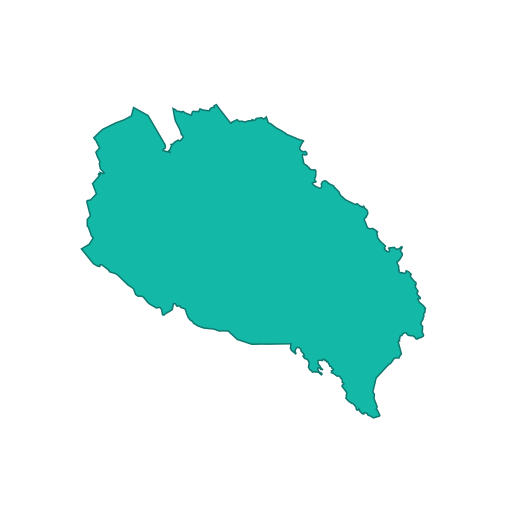 Aglonas pag., Aglonas, Latvia, rotated 43°
{"feature_id": "27541924B99650716324046", "entity_name": "Aglonas pag.", "entity_type": "district", "adm_level": 2, "iso_a3": "LVA", "parent_name": "Latvia", "parent_adm1": "Aglonas", "projection": "robinson", "projection_center": [27.042, 56.116], "detail": "fine", "context": "isolated", "style": "filled", "palette": "teal", "viewbox_px": 512, "rotation_deg": 43, "n_neighbors": 0, "source": "geoboundaries", "source_scale": "gbopen_adm2", "svg_char_len": 6134}
<svg xmlns="http://www.w3.org/2000/svg" viewBox="0 0 512 512"><g transform="rotate(43 256 256)"><path d="M455.3,288.1L449.4,285.8L448.3,285.9L447.4,283.6L439.6,279.8L436.8,276.4L434.1,275.7L427.1,263.4L427.0,247.7L427.1,244.8L427.7,242.8L427.0,236.8L426.8,236.5L428.8,234.1L430.1,233.2L429.2,230.2L429.2,228.5L418.4,221.7L418.9,220.1L417.8,219.6L417.3,217.9L416.6,217.5L416.0,216.2L416.9,214.8L416.5,212.0L417.3,210.5L418.5,209.7L420.1,210.3L421.6,210.1L426.0,207.0L427.1,207.2L427.9,206.9L429.1,207.5L430.0,207.3L430.4,206.9L430.4,206.0L431.0,205.8L431.0,204.4L432.3,203.3L433.0,200.3L432.1,199.2L430.2,199.0L430.0,198.4L428.6,197.5L428.4,196.8L425.8,193.8L422.9,193.4L421.4,190.1L421.5,189.2L421.2,188.3L420.4,187.3L420.1,185.8L418.1,184.1L417.9,181.8L416.1,179.9L415.9,179.1L415.6,178.7L412.2,178.2L407.0,178.4L405.2,177.9L403.6,176.9L403.8,176.2L405.2,175.3L404.8,174.6L403.7,174.2L401.2,174.3L399.0,173.5L398.7,173.0L398.8,172.1L398.6,171.3L393.9,170.2L393.5,169.4L392.0,168.3L392.3,167.4L392.1,167.2L390.8,166.3L389.4,166.6L383.1,165.8L381.9,164.7L382.2,163.7L381.4,163.5L378.3,163.5L375.9,164.4L376.9,165.9L376.8,167.3L374.2,168.5L373.6,169.0L373.6,169.6L371.8,170.0L370.9,169.8L370.5,169.4L370.5,168.8L370.2,168.5L368.5,167.7L367.6,166.3L364.1,165.1L363.1,164.3L363.6,163.3L363.5,160.3L362.4,155.7L361.9,154.9L361.0,154.4L358.1,153.8L357.6,152.5L357.1,150.2L356.7,149.7L356.0,150.0L355.8,152.7L354.8,154.6L353.5,155.4L351.3,155.3L347.9,159.2L347.7,159.8L347.9,160.1L348.9,160.0L350.4,161.4L350.1,162.4L348.7,163.5L347.8,163.1L346.7,163.7L345.6,163.4L345.3,162.7L344.6,162.8L344.1,162.1L344.1,161.0L343.8,160.4L337.3,160.5L332.3,159.7L331.1,158.3L328.8,157.2L328.8,156.2L328.3,155.4L322.9,156.1L321.9,156.9L321.3,158.0L319.5,159.1L318.8,159.2L316.4,158.5L313.5,156.9L311.1,156.0L310.0,155.1L309.8,153.5L310.1,152.2L309.5,151.3L309.2,149.4L307.6,147.5L305.3,146.6L303.0,147.1L302.7,146.7L300.8,146.1L300.5,146.4L300.6,147.7L297.1,148.6L294.4,148.7L294.1,149.0L294.0,150.1L292.8,150.9L283.4,153.8L276.3,154.0L273.0,152.6L266.1,152.2L264.8,151.8L260.6,153.2L256.0,153.5L254.9,154.2L254.0,156.1L254.5,158.6L257.0,160.8L257.0,161.7L256.7,162.5L256.3,163.0L253.9,163.9L250.8,164.7L248.5,164.7L247.6,164.5L247.9,163.0L249.2,161.2L249.2,160.7L247.4,160.7L246.6,160.0L245.2,156.9L242.0,153.2L241.3,152.7L240.2,152.8L238.3,154.8L237.3,155.4L236.0,155.4L235.7,155.7L235.1,155.7L234.5,155.2L233.0,155.4L231.9,155.1L228.9,155.8L227.1,155.3L225.8,154.1L222.3,151.8L221.1,150.4L221.0,150.0L221.3,149.5L223.1,148.7L223.8,147.6L223.9,147.0L223.4,146.4L222.1,145.9L221.0,145.8L220.5,146.0L219.6,147.4L219.1,147.8L217.0,148.2L215.2,148.1L214.4,147.5L213.1,144.0L212.4,140.8L212.4,139.5L212.1,139.5L210.3,140.1L209.3,141.0L207.7,141.4L206.8,142.3L205.3,142.4L195.3,146.2L194.7,146.0L188.1,147.3L182.9,148.7L177.2,149.1L174.0,150.1L168.7,147.3L168.6,149.3L168.1,150.6L165.8,151.0L162.4,155.3L162.6,157.8L160.1,159.0L160.7,159.7L158.2,162.4L156.4,165.8L153.8,166.9L152.1,168.9L149.2,169.2L147.1,174.5L147.4,175.8L147.0,176.2L128.1,173.2L123.8,172.3L122.9,174.8L124.2,175.9L123.0,176.9L122.4,177.9L122.1,179.9L122.9,181.6L117.9,185.3L114.7,186.6L115.8,189.5L115.7,189.8L115.0,189.7L113.3,191.6L111.5,192.8L111.2,193.9L112.7,197.2L106.4,199.8L104.2,199.9L103.1,201.4L103.2,201.8L101.7,202.2L99.1,204.1L97.6,203.9L94.7,204.7L102.9,210.9L105.1,212.2L114.7,215.7L118.5,218.0L118.6,217.6L121.9,218.5L122.0,223.7L120.0,224.3L118.8,228.4L119.0,230.7L117.8,232.4L118.9,232.6L120.7,237.6L120.4,238.6L122.3,239.0L116.1,242.3L115.4,240.9L116.1,239.5L115.2,237.8L113.5,236.6L81.2,226.9L65.2,230.9L69.3,238.4L66.8,246.1L62.8,254.0L57.5,267.9L57.0,274.2L56.9,279.0L56.6,280.0L58.1,280.6L59.5,280.5L67.9,283.6L68.1,289.3L72.6,291.6L77.8,293.6L78.4,295.3L82.6,298.3L88.5,298.8L87.7,300.3L85.2,301.1L86.0,301.6L86.4,302.6L85.7,302.9L85.1,302.3L84.8,302.7L85.3,303.6L85.3,303.9L86.7,304.0L87.1,314.5L96.9,319.4L96.8,327.8L94.9,330.4L94.9,331.5L107.5,339.6L107.7,344.4L112.1,349.1L114.1,349.4L122.2,353.6L124.6,353.7L126.0,361.3L123.5,369.9L142.3,372.5L146.9,371.5L148.8,370.4L148.8,369.9L147.9,369.4L147.8,368.9L149.2,367.6L157.2,366.8L160.0,367.3L164.3,365.1L167.3,364.2L182.1,364.5L188.6,363.4L194.2,366.2L197.2,365.8L199.4,363.7L201.5,362.8L208.7,363.8L210.9,363.7L218.7,361.9L220.5,359.2L223.0,359.3L227.7,362.7L229.0,362.0L229.1,359.8L230.6,355.3L231.3,352.3L228.2,347.2L229.4,346.0L230.0,345.8L231.1,346.4L232.5,346.6L233.1,346.1L233.2,345.4L234.1,344.5L234.9,344.5L235.9,345.0L240.1,343.1L243.1,344.5L244.6,345.6L246.0,346.0L248.6,347.3L252.2,347.7L254.3,347.1L256.0,347.8L261.4,346.7L266.9,344.3L275.1,338.1L280.5,335.8L282.1,333.9L286.9,329.8L299.2,329.8L313.1,323.4L318.7,318.0L318.7,317.6L319.4,317.3L326.2,311.0L341.4,296.4L344.3,300.2L346.6,300.8L351.7,300.5L351.7,300.1L349.0,298.6L348.8,297.5L348.2,295.8L348.3,295.0L350.0,293.5L352.2,293.6L353.0,293.9L353.8,294.8L357.0,295.0L358.1,295.3L359.2,296.1L358.6,297.1L358.9,297.3L361.8,297.7L363.0,296.9L365.4,296.7L368.0,298.1L369.7,300.9L370.5,301.7L373.2,302.5L374.3,302.2L376.5,302.4L376.8,302.2L377.0,301.3L378.6,300.4L380.1,298.9L381.4,298.3L384.8,298.4L384.9,297.7L384.6,297.1L383.7,297.0L381.5,297.7L380.3,297.5L378.3,296.6L377.7,295.9L377.8,295.4L378.8,294.4L380.7,294.8L382.0,293.9L382.0,293.6L379.2,293.5L377.9,292.9L375.1,292.5L373.5,291.3L373.0,290.1L373.2,289.3L374.3,288.2L375.7,287.4L375.9,286.3L375.5,286.0L376.7,285.0L377.7,285.1L377.9,285.4L378.7,284.9L378.7,284.5L379.8,284.8L380.0,285.1L380.3,284.9L380.1,284.8L380.3,284.6L381.2,284.6L384.6,285.9L385.2,286.3L386.3,285.5L388.1,286.3L389.9,286.0L390.2,286.2L390.3,286.8L390.1,287.6L389.5,288.6L390.6,289.1L390.7,289.9L392.8,289.1L397.3,288.5L399.1,286.8L401.5,287.6L402.5,287.3L404.1,288.2L405.0,289.5L407.2,289.4L407.6,290.0L407.2,291.5L407.7,292.6L415.1,293.9L416.3,294.8L417.0,296.3L418.3,297.5L418.6,298.7L423.0,299.0L426.4,298.5L427.5,297.9L429.6,297.8L432.5,298.4L433.2,299.2L434.6,299.9L435.7,299.2L435.8,298.1L435.6,297.8L436.4,297.9L437.7,298.7L441.1,298.9L442.6,298.1L442.2,297.3L442.2,296.6L444.6,295.4L446.7,296.0L448.1,295.2L452.3,294.3L455.4,289.1L455.3,288.1Z" fill="#14b8a6" stroke="#0f766e" stroke-width="1.5"/></g></svg>